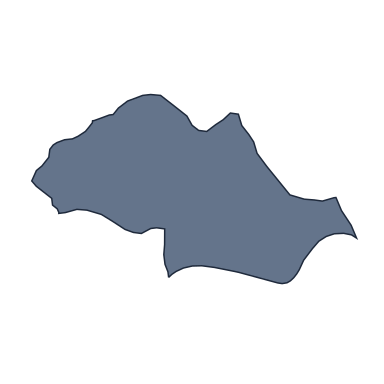 Sinyang, P'yŏngan-namdo, North Korea, rotated 83°
{"feature_id": "82179303B23592668869801", "entity_name": "Sinyang", "entity_type": "district", "adm_level": 2, "iso_a3": "PRK", "parent_name": "North Korea", "parent_adm1": "P'yŏngan-namdo", "projection": "robinson", "projection_center": [126.57, 39.355], "detail": "fine", "context": "isolated", "style": "filled", "palette": "slate", "viewbox_px": 384, "rotation_deg": 83, "n_neighbors": 0, "source": "geoboundaries", "source_scale": "gbopen_adm2", "svg_char_len": 1297}
<svg xmlns="http://www.w3.org/2000/svg" viewBox="0 0 384 384"><g transform="rotate(83 192 192)"><path d="M188.0,332.0L192.3,327.8L196.3,326.6L197.0,326.8L197.0,320.2L195.2,308.4L197.2,298.5L203.2,284.7L211.1,274.8L221.0,263.0L225.0,255.1L227.0,247.3L223.2,237.4L223.2,231.5L225.3,223.6L240.9,225.6L250.7,227.6L260.5,227.6L268.3,225.6L274.0,225.6L273.9,225.6L271.2,221.9L268.9,217.4L266.4,209.7L265.5,200.7L266.4,191.3L269.6,178.9L276.0,159.5L277.4,155.5L292.7,118.0L293.9,113.7L293.7,108.8L292.2,105.2L289.5,101.5L286.0,98.0L282.2,95.0L273.3,89.5L262.8,79.3L256.3,72.1L252.5,64.2L250.8,55.8L251.5,46.5L254.0,38.9L257.8,34.3L244.4,38.1L228.7,45.9L215.0,49.8L215.0,51.8L216.9,63.7L214.8,71.6L212.8,81.4L206.8,95.2L177.9,113.3L175.3,114.9L161.6,122.7L149.8,124.7L141.9,128.6L132.1,134.5L120.4,136.5L118.3,144.3L124.1,152.3L128.0,160.2L133.7,170.0L131.7,177.9L125.8,183.8L116.0,187.8L108.1,195.6L98.2,205.5L92.3,211.4L90.2,221.2L90.1,229.1L92.0,237.0L93.9,244.9L99.7,254.8L105.5,260.8L105.5,264.7L107.4,272.6L109.2,280.5L109.2,282.0L111.2,282.5L115.1,286.4L118.9,290.4L122.8,298.3L124.7,304.2L124.6,312.1L126.5,320.0L128.4,324.0L132.3,327.9L140.1,329.9L147.9,337.8L151.7,343.8L161.5,349.7L167.4,345.8L173.3,339.9L181.2,332.0L188.0,332.0Z" fill="#64748b" stroke="#1e293b" stroke-width="1.5"/></g></svg>